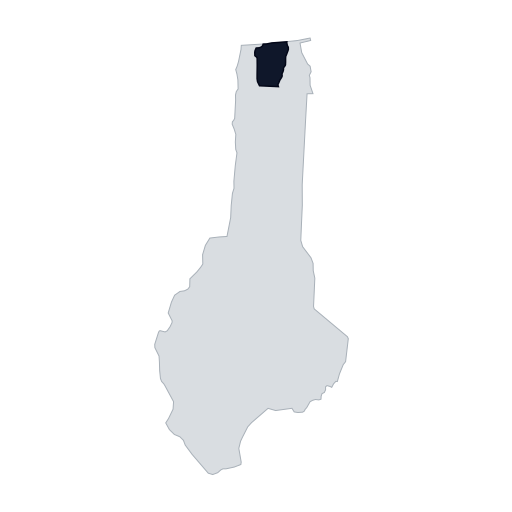 location of Atlantique within Benin, rotated 183°
{"feature_id": "BEN-2174", "entity_name": "Atlantique", "entity_type": "Department", "adm_level": 1, "iso_a3": "BEN", "parent_name": "Benin", "parent_adm1": "", "projection": "robinson", "projection_center": [2.175, 6.604], "detail": "fine", "context": "in_parent", "style": "filled", "palette": "ink", "viewbox_px": 512, "rotation_deg": 183, "n_neighbors": 0, "source": "natural_earth", "source_scale": "10m", "svg_char_len": 2657}
<svg xmlns="http://www.w3.org/2000/svg" viewBox="0 0 512 512"><g transform="rotate(183 256 256)"><path d="M213.4,476.5L212.7,474.1L223.2,471.0L221.0,461.5L214.5,450.4L211.9,448.4L210.6,442.9L212.2,439.2L211.4,436.8L210.9,429.3L207.6,421.1L213.5,420.7L213.6,394.1L213.6,368.6L213.6,346.8L213.6,329.6L212.4,309.0L212.3,293.9L212.1,273.9L209.9,267.7L201.0,257.1L198.6,251.6L198.1,244.4L196.1,236.9L196.0,223.8L195.9,208.6L195.1,206.2L185.4,198.9L171.7,188.6L161.3,180.8L160.5,180.2L159.5,178.3L161.0,155.2L163.2,152.1L166.5,142.6L168.2,134.9L169.7,135.0L171.8,132.5L173.5,128.8L175.3,129.6L178.3,130.3L179.7,129.0L179.5,126.1L180.6,123.3L182.9,122.0L183.6,119.4L183.6,116.4L185.7,115.6L189.2,115.8L192.0,114.8L194.4,113.3L197.4,107.3L199.0,105.3L199.5,103.8L201.2,102.5L205.9,101.9L209.7,102.3L212.1,105.8L228.3,102.7L236.0,104.5L251.7,89.4L255.3,85.0L260.0,74.4L261.7,70.3L263.1,63.0L260.0,49.4L260.2,47.0L266.7,44.1L274.8,41.9L277.9,41.7L280.0,40.5L282.9,37.6L287.8,35.5L290.6,36.2L292.3,36.6L309.4,54.5L316.8,63.5L318.8,68.1L322.6,71.5L328.2,73.5L333.4,78.1L337.4,84.6L334.8,89.2L330.8,98.7L330.7,106.2L340.2,121.8L341.3,123.4L343.7,125.8L345.0,128.7L346.2,136.4L346.9,145.1L347.6,151.0L352.2,159.2L352.5,162.5L349.3,174.8L348.6,176.1L347.8,176.4L342.8,175.4L340.7,176.7L338.1,180.9L336.4,185.0L336.3,186.8L340.7,194.5L338.0,205.6L335.2,212.6L330.1,216.6L325.6,217.5L322.4,219.3L320.6,221.8L320.8,229.8L314.2,237.0L310.5,242.1L308.7,245.2L309.4,254.5L307.1,264.0L303.0,271.5L293.7,273.1L286.0,274.0L283.3,293.0L283.4,305.1L282.8,317.4L281.5,322.4L282.0,329.5L281.4,345.4L280.4,358.0L281.8,361.4L282.6,368.8L282.5,376.4L284.5,381.8L286.7,386.4L286.6,388.8L285.4,390.3L284.5,392.3L284.5,410.3L284.9,415.7L284.3,419.1L282.6,421.9L283.3,431.0L284.6,436.8L286.0,441.1L284.7,444.7L283.6,449.4L281.8,461.4L281.7,465.6L255.3,468.6L225.7,473.4L213.4,476.5Z" fill="#d9dde1" stroke="#a8b0b8" stroke-width="1"/><path d="M259.9,468.0L256.5,468.3L251.5,469.6L236.4,471.5L236.5,470.9L236.2,469.6L235.7,467.8L234.7,466.2L234.5,464.0L234.9,462.5L236.2,458.4L236.6,457.4L236.8,456.6L236.8,455.1L236.6,451.1L236.6,449.1L236.6,448.4L236.8,447.8L237.3,447.0L237.6,446.5L238.1,445.9L238.3,445.4L238.4,444.7L238.3,443.4L238.7,441.5L239.5,439.6L239.5,438.2L239.3,437.3L239.4,436.7L239.7,435.9L240.6,434.2L241.1,433.5L241.4,432.8L242.4,430.0L242.8,429.1L243.1,428.0L242.5,426.3L261.4,426.2L263.6,430.2L264.2,433.1L264.4,437.2L264.7,444.9L264.8,447.0L265.2,453.5L265.9,454.9L266.3,455.0L266.6,455.2L266.9,455.4L267.6,456.0L267.9,459.2L267.7,461.0L266.7,463.7L263.7,464.1L262.4,464.6L261.2,465.4L260.5,466.2L259.9,468.0Z" fill="#0f172a" stroke="#020617" stroke-width="1.5"/></g></svg>